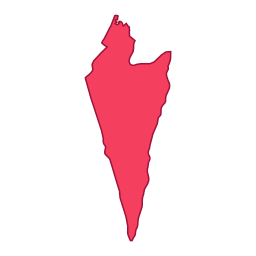 an SVG outline of HaDarom
{"feature_id": "ISR-3053", "entity_name": "HaDarom", "entity_type": "District", "adm_level": 1, "iso_a3": "ISR", "parent_name": "Israel", "parent_adm1": "", "projection": "equal_earth", "projection_center": [34.85, 30.684], "detail": "fine", "context": "isolated", "style": "filled", "palette": "rose", "viewbox_px": 256, "rotation_deg": 0, "n_neighbors": 0, "source": "natural_earth", "source_scale": "10m", "svg_char_len": 2978}
<svg xmlns="http://www.w3.org/2000/svg" viewBox="0 0 256 256"><path d="M85.3,77.9L86.4,76.7L90.1,73.7L92.6,70.6L92.8,69.0L92.2,65.8L92.2,64.2L93.7,60.9L101.7,52.2L102.8,51.3L105.1,48.9L107.1,47.1L104.5,45.3L101.8,43.0L102.4,41.4L104.1,38.9L110.4,26.6L110.9,25.9L114.8,15.7L115.1,15.6L115.7,15.4L115.9,15.4L116.1,15.4L116.5,15.4L117.0,15.7L117.3,15.7L117.5,15.7L117.8,15.7L118.0,15.9L118.0,16.3L118.0,16.6L117.9,16.7L117.7,17.0L117.6,17.4L117.7,17.9L117.7,18.1L117.7,18.3L117.6,18.6L117.6,19.4L117.5,19.6L117.4,19.7L117.4,19.8L117.2,19.8L116.7,19.7L116.3,19.6L116.0,19.5L115.8,19.5L115.7,19.6L115.4,19.9L115.4,20.0L115.4,20.3L115.4,20.6L115.5,20.8L115.8,21.0L116.2,21.4L116.5,21.8L116.5,22.1L116.4,22.3L116.3,22.5L116.2,22.6L115.7,22.8L115.5,23.0L115.4,23.1L115.3,23.4L115.2,23.5L115.3,23.7L115.3,23.8L117.1,24.6L117.4,24.6L117.6,24.5L118.4,23.9L118.6,23.7L119.0,23.6L119.1,23.3L119.1,23.2L118.9,23.1L118.8,22.8L118.8,22.7L118.7,22.5L118.6,22.4L118.3,22.3L118.2,22.2L118.4,22.0L119.5,21.8L119.7,21.7L119.9,21.3L120.1,21.4L120.5,21.5L121.7,22.3L121.9,22.5L122.1,22.9L122.3,23.4L122.8,25.0L122.9,25.3L123.1,25.6L123.2,25.8L123.3,25.9L123.9,25.5L126.2,23.4L128.1,26.2L128.8,26.7L128.9,26.8L129.2,26.9L129.3,27.0L129.4,27.4L129.4,27.8L129.4,28.1L129.2,28.4L129.2,28.6L129.2,28.8L129.5,29.9L129.6,30.3L129.6,30.5L129.5,30.9L129.3,31.3L129.3,31.5L129.3,31.9L129.4,33.1L129.3,33.6L129.3,33.8L129.5,34.3L129.5,34.5L129.5,35.3L129.4,35.9L130.0,36.5L135.0,40.6L133.9,43.1L133.6,45.7L133.6,48.3L133.2,51.3L130.0,57.4L129.0,60.5L129.8,63.7L131.4,65.0L133.2,65.4L135.2,65.0L137.0,64.3L141.2,63.7L150.0,63.7L154.1,62.0L161.8,54.7L165.9,52.0L170.7,51.6L170.6,57.1L170.6,58.0L170.3,60.1L169.1,63.9L167.8,66.6L168.3,67.3L168.2,69.3L167.2,71.3L166.3,73.6L166.7,76.2L167.4,78.6L168.1,80.5L169.2,82.8L169.7,85.4L169.4,88.1L166.1,95.6L165.6,98.3L165.6,101.3L164.8,103.0L162.9,105.1L162.1,106.1L161.2,108.2L161.0,110.3L161.0,112.4L160.8,114.5L160.4,115.4L159.2,116.6L158.6,117.4L158.2,118.5L157.9,119.6L157.6,122.0L157.1,124.2L152.9,133.9L149.9,145.5L149.6,147.7L148.3,151.6L148.3,153.8L148.7,154.8L149.7,156.7L149.9,158.1L149.8,159.4L149.4,160.4L148.9,161.4L148.5,162.5L147.8,167.5L147.3,169.1L147.3,171.8L148.7,177.6L148.7,180.6L147.6,183.8L144.6,189.0L143.7,192.8L143.7,193.9L143.4,194.7L143.1,195.5L142.8,196.3L142.3,199.5L142.2,205.3L141.9,207.2L138.6,217.5L138.1,219.9L137.7,225.2L137.1,227.6L136.1,229.4L135.6,231.5L135.3,234.1L135.0,235.3L134.5,236.2L133.3,238.0L132.8,239.0L132.5,239.6L132.3,240.2L132.1,240.6L131.6,240.6L130.9,240.6L130.4,240.6L129.8,239.3L128.2,235.3L127.7,233.0L127.8,226.5L126.0,216.7L123.2,207.8L120.1,197.9L119.6,192.8L119.7,192.2L119.6,191.6L119.5,191.1L119.3,190.5L116.5,181.4L112.4,167.5L110.0,159.7L109.2,158.3L105.4,154.4L104.9,153.5L104.7,152.4L104.9,150.8L105.5,147.9L105.6,146.7L104.9,145.5L103.7,143.7L103.3,142.1L103.2,138.2L101.6,130.7L97.3,117.5L93.7,106.5L91.0,98.3L88.8,90.4L86.0,80.5L85.3,77.9Z" fill="#f43f5e" stroke="#9f1239" stroke-width="1.5"/></svg>